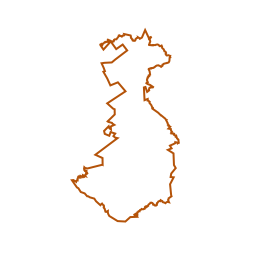 outline of Temósachic, Chihuahua, Mexico, rotated 325°
{"feature_id": "50627088B70211463313173", "entity_name": "Temósachic", "entity_type": "district", "adm_level": 2, "iso_a3": "MEX", "parent_name": "Mexico", "parent_adm1": "Chihuahua", "projection": "robinson", "projection_center": [-108.063, 28.777], "detail": "fine", "context": "isolated", "style": "outline", "palette": "amber", "viewbox_px": 256, "rotation_deg": 325, "n_neighbors": 0, "source": "geoboundaries", "source_scale": "gbopen_adm2", "svg_char_len": 5755}
<svg xmlns="http://www.w3.org/2000/svg" viewBox="0 0 256 256"><g transform="rotate(325 128 128)"><path d="M152.4,43.8L152.9,43.8L152.9,49.7L163.5,47.2L163.6,56.6L171.5,56.6L171.8,64.0L156.9,64.6L152.3,65.0L146.1,61.1L143.5,59.8L142.6,64.7L141.7,68.2L140.1,67.8L139.4,75.6L138.0,83.0L145.9,84.8L147.0,96.5L125.1,95.9L126.9,103.6L127.8,105.0L124.9,109.3L115.1,110.9L115.4,111.7L117.8,114.6L117.7,115.3L118.6,117.6L115.1,116.9L114.6,117.1L113.2,119.4L112.6,117.4L113.2,115.5L106.7,116.7L105.6,119.5L108.2,123.6L111.4,121.4L114.3,125.2L111.4,126.3L112.0,128.5L113.6,130.3L85.9,131.2L89.9,138.0L86.1,143.6L86.0,143.4L71.6,137.9L69.9,136.1L69.7,135.1L68.5,136.3L68.5,137.0L68.1,137.5L68.3,137.8L68.1,138.3L68.8,138.6L69.3,139.1L68.8,139.4L68.5,139.8L68.9,140.2L68.7,141.8L68.1,141.9L67.8,141.3L67.5,141.3L67.2,141.8L66.5,141.8L66.2,142.2L65.8,142.1L65.5,142.5L65.5,142.9L64.8,141.9L64.8,142.1L64.4,142.2L64.2,142.5L64.0,142.1L63.8,142.1L63.6,141.9L63.4,142.5L63.0,142.4L63.1,141.7L62.9,141.9L62.7,141.3L62.4,140.9L62.2,140.8L61.9,141.1L61.7,140.5L60.9,140.7L61.0,140.0L60.6,140.2L60.2,139.6L59.7,139.5L59.6,139.3L59.1,139.5L59.1,140.1L59.2,140.4L58.8,140.1L57.8,140.4L57.4,140.8L57.4,141.1L57.0,141.3L56.6,142.1L55.7,141.6L55.2,141.7L54.6,142.3L53.4,139.3L52.1,138.6L52.1,147.4L52.8,148.9L52.6,153.3L55.0,156.7L55.4,160.5L56.3,161.2L56.9,162.8L59.9,166.5L59.8,169.6L61.1,175.4L62.6,175.0L63.4,175.0L63.4,176.5L63.8,177.6L63.2,178.7L62.9,178.7L62.5,179.1L62.4,179.7L62.6,180.2L62.5,181.2L62.2,181.5L62.0,182.5L61.5,183.5L61.9,184.2L63.9,184.4L63.2,185.3L62.5,187.0L62.2,189.3L66.1,198.3L72.2,203.1L78.8,202.3L84.7,206.1L84.8,205.4L84.6,205.1L84.8,204.9L84.3,203.9L83.7,203.6L83.4,203.1L83.5,202.6L85.2,202.7L85.2,203.2L85.6,204.1L85.5,204.4L85.8,204.6L86.5,203.7L86.5,203.4L86.8,202.8L87.3,202.4L88.0,202.6L88.9,202.2L89.7,202.9L90.7,202.1L91.7,202.4L92.7,202.1L93.2,202.8L93.8,203.3L94.4,203.3L95.4,203.7L95.7,203.4L95.7,203.5L96.0,203.4L96.3,202.8L96.6,202.9L96.9,202.8L97.2,203.1L97.6,202.4L98.1,202.5L98.2,202.9L98.5,203.0L98.5,203.4L99.1,203.4L99.4,203.2L99.9,203.3L100.2,202.8L100.9,202.5L103.0,202.4L103.5,202.1L103.9,202.5L104.4,202.6L105.0,203.5L104.9,204.4L105.1,204.8L104.9,205.0L105.1,205.1L105.0,205.6L105.4,206.4L105.4,206.7L105.7,207.0L105.9,206.8L106.5,207.6L107.5,207.6L107.8,207.1L108.4,206.7L108.4,206.3L108.7,206.1L109.6,206.1L110.7,205.6L112.0,205.9L112.4,206.4L112.9,206.1L113.0,206.5L113.3,206.6L113.5,206.4L113.6,206.8L114.1,207.3L114.2,207.8L113.9,208.3L114.0,208.7L114.2,208.8L114.4,209.3L114.8,209.6L115.6,211.1L116.9,210.7L117.0,210.5L116.8,210.8L118.0,211.1L119.0,212.3L119.2,211.2L119.4,210.9L119.6,209.9L120.5,209.5L120.9,208.9L124.5,208.9L124.8,207.8L130.2,198.2L137.1,194.6L134.8,192.6L137.3,190.1L144.1,188.2L144.4,184.7L150.7,174.9L148.1,168.8L152.0,169.7L152.2,166.5L155.7,167.2L157.8,167.5L158.4,166.9L158.5,167.2L158.9,167.1L159.1,167.4L159.4,167.5L159.5,167.8L160.0,168.4L159.9,168.8L160.3,168.7L160.6,169.2L161.1,169.3L161.6,168.3L161.7,167.9L162.5,166.7L162.4,166.5L162.6,166.0L162.3,165.5L162.2,164.5L162.5,163.7L162.0,162.5L162.5,162.2L163.0,162.2L163.1,161.6L162.5,161.3L162.1,160.7L161.4,160.7L161.8,160.5L161.7,160.0L161.7,159.7L162.2,159.6L162.5,159.2L162.2,158.7L161.8,158.8L161.2,157.7L160.5,157.4L160.8,156.9L160.6,156.7L161.1,156.4L161.5,156.5L161.6,156.3L161.5,156.2L161.6,155.8L161.8,155.8L161.7,155.5L162.0,154.2L162.5,153.5L160.8,151.7L163.3,151.2L162.4,149.3L163.0,149.3L162.9,147.2L163.3,146.7L163.7,143.6L164.0,143.5L163.8,143.3L163.9,141.9L162.4,136.5L162.2,136.5L161.5,132.8L159.2,126.4L159.4,126.4L159.5,125.9L159.9,125.9L160.0,125.7L159.6,125.1L160.2,122.8L160.0,119.6L160.8,119.0L160.4,117.5L160.3,117.0L159.9,116.8L160.8,115.5L157.5,114.7L164.3,103.9L165.8,104.4L164.4,109.4L166.9,109.3L167.1,108.5L168.1,107.8L168.6,107.8L168.8,107.4L169.9,107.6L170.5,108.3L171.7,109.0L172.1,108.8L170.8,105.4L169.4,103.4L168.4,101.1L168.6,101.4L169.6,101.6L169.7,101.9L170.0,101.7L170.5,101.8L171.0,99.6L171.7,98.9L172.3,98.8L172.6,98.5L172.3,98.5L172.6,98.2L172.9,98.3L173.7,98.0L173.7,97.7L174.5,97.7L174.5,97.4L175.3,97.5L175.4,96.8L176.7,97.0L178.2,94.0L178.6,91.7L178.9,91.5L180.4,91.9L180.5,92.3L181.0,92.6L181.5,92.6L181.7,92.4L182.5,93.0L183.3,93.1L183.5,93.4L185.2,93.3L185.5,93.4L186.1,93.2L187.6,93.4L189.0,94.2L189.2,94.8L189.9,95.7L190.2,96.9L191.8,96.8L192.0,96.3L192.6,95.9L193.3,96.2L194.0,95.9L195.8,96.5L196.6,96.9L197.3,97.0L197.6,97.3L199.0,97.6L200.4,96.8L202.3,94.4L202.7,94.2L203.0,94.3L203.0,94.1L203.9,93.2L203.6,93.0L203.5,92.5L202.8,91.5L201.4,90.9L201.2,90.5L201.2,89.1L201.4,88.7L202.2,88.5L202.5,87.4L202.4,86.8L201.8,86.1L202.4,84.1L201.9,82.3L202.1,81.5L202.6,80.9L202.8,79.7L201.1,79.4L200.8,78.9L200.8,78.0L200.7,77.5L200.2,76.6L198.9,75.9L197.8,75.7L196.4,74.6L196.1,74.7L195.8,74.7L195.4,73.9L194.5,73.6L194.3,73.2L193.5,72.7L192.9,72.0L193.1,71.7L193.8,71.7L194.2,70.9L195.7,70.1L196.4,68.7L196.1,67.5L196.2,67.2L196.8,67.2L197.1,67.4L199.6,66.7L196.7,66.1L198.2,57.6L191.3,61.9L188.9,61.7L188.9,61.0L188.3,59.6L188.2,59.9L186.7,59.3L185.0,59.6L184.6,60.2L183.6,60.5L182.3,59.5L182.0,59.0L182.2,58.3L182.5,58.1L182.2,57.4L182.4,56.8L182.1,55.8L183.0,54.5L183.2,53.7L178.8,48.9L178.6,49.7L177.8,49.9L177.1,49.6L176.9,49.3L175.4,49.6L175.3,49.3L175.5,49.0L174.3,48.2L174.1,47.6L174.2,47.2L173.5,46.9L172.8,47.6L169.4,48.7L168.0,47.8L167.1,47.8L166.8,48.3L165.8,48.9L165.0,48.5L164.7,47.8L164.3,47.7L163.8,47.3L163.7,46.5L162.7,45.0L162.5,44.5L162.1,44.1L161.8,44.4L162.1,45.0L162.0,46.1L161.8,46.3L161.6,46.8L161.4,46.9L161.3,46.2L159.8,45.1L159.5,45.1L158.8,44.4L158.3,44.5L158.7,45.3L157.8,44.4L156.0,44.8L155.7,44.7L155.1,44.0L154.5,44.1L154.2,44.4L154.1,45.2L154.2,46.4L153.7,45.3L153.6,44.2L153.4,43.7L152.4,43.8Z" fill="none" stroke="#b45309" stroke-width="2"/></g></svg>